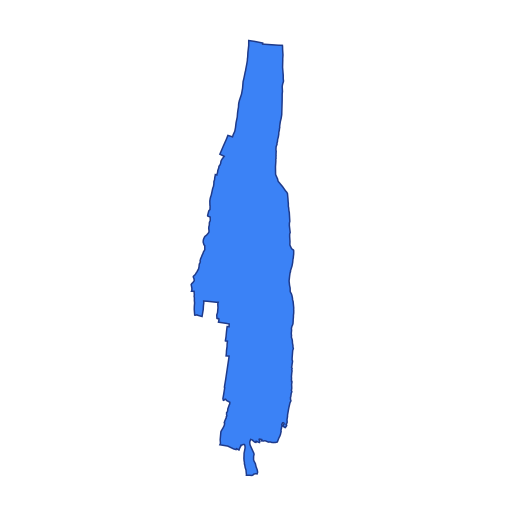 the district of Alexandru Vlahuta, Vaslui, Romania, rotated 207°
{"feature_id": "2599482B68541594325283", "entity_name": "Alexandru Vlahuta", "entity_type": "district", "adm_level": 2, "iso_a3": "ROU", "parent_name": "Romania", "parent_adm1": "Vaslui", "projection": "robinson", "projection_center": [27.622, 46.447], "detail": "fine", "context": "isolated", "style": "filled", "palette": "blue", "viewbox_px": 512, "rotation_deg": 207, "n_neighbors": 0, "source": "geoboundaries", "source_scale": "gbopen_adm2", "svg_char_len": 6032}
<svg xmlns="http://www.w3.org/2000/svg" viewBox="0 0 512 512"><g transform="rotate(207 256 256)"><path d="M360.3,444.7L358.0,440.1L355.7,433.9L353.7,429.4L353.2,427.9L352.4,426.1L351.3,422.6L349.8,417.4L349.4,416.3L349.1,414.7L348.7,413.4L347.2,407.9L346.7,405.6L344.1,399.3L342.4,393.7L341.4,387.1L340.8,384.5L340.3,383.1L339.2,380.7L338.5,378.3L337.3,374.9L335.8,371.3L334.3,365.8L332.5,360.9L331.7,358.1L331.5,357.1L331.4,353.9L331.0,351.5L335.8,350.7L335.4,346.6L335.0,338.9L334.4,330.3L329.6,330.4L330.2,327.1L330.3,325.3L330.0,323.6L329.6,322.8L329.5,322.0L329.4,320.9L329.7,319.5L329.6,318.6L329.2,317.7L328.9,315.0L328.1,312.7L327.9,310.8L327.7,310.4L329.2,310.1L328.8,308.9L328.4,307.3L327.5,305.0L327.4,303.7L327.2,303.0L326.4,301.4L325.5,298.8L325.4,297.5L325.2,296.3L323.5,289.9L323.2,287.7L322.8,286.1L322.1,284.0L320.0,280.1L319.7,279.9L318.2,276.7L318.1,276.4L318.5,275.2L318.5,274.5L317.5,270.1L317.2,269.7L314.5,269.9L312.8,266.7L312.8,264.9L312.1,263.2L311.7,262.6L311.3,260.7L310.7,259.2L309.3,257.1L308.9,256.2L308.8,255.6L308.9,254.7L309.5,252.2L310.4,250.3L310.5,249.5L310.4,249.0L310.5,248.2L310.2,246.3L309.4,244.4L307.6,242.5L306.7,242.0L306.4,242.0L304.5,238.4L304.5,237.4L304.7,236.1L304.4,233.9L304.4,232.1L304.2,230.8L304.1,228.5L303.6,226.2L303.2,226.0L302.9,225.2L302.8,224.5L302.9,223.4L302.7,222.6L301.8,220.3L301.3,218.2L301.2,217.5L301.5,217.1L301.5,216.6L301.3,215.7L301.6,213.8L301.7,211.9L302.5,209.7L302.5,209.0L301.8,208.3L301.0,207.7L299.8,206.0L300.2,203.6L300.7,202.3L300.8,201.1L298.5,198.2L297.6,196.3L297.5,195.3L295.1,196.4L293.6,193.8L293.3,193.5L293.0,192.4L292.8,191.9L292.2,191.2L291.5,190.0L290.7,188.3L289.4,186.3L288.1,183.1L286.8,180.4L283.8,175.5L282.6,176.0L282.3,176.5L281.7,176.8L281.1,176.7L276.6,177.6L278.7,184.3L280.3,187.9L281.2,190.5L282.2,192.1L279.0,193.5L270.3,196.8L268.7,197.6L268.6,196.8L268.1,195.6L266.3,192.5L265.8,191.1L264.6,188.2L264.2,185.6L262.5,182.7L262.0,182.6L261.2,183.2L260.8,183.3L260.6,183.2L260.0,182.2L259.4,180.0L251.8,182.5L249.0,183.3L247.9,180.7L249.7,180.1L249.6,179.7L248.1,175.6L246.0,170.3L244.8,166.5L244.7,166.4L242.8,167.2L241.7,164.3L240.7,162.2L239.3,158.2L238.2,155.8L237.3,153.4L234.5,154.6L227.0,132.3L224.6,124.7L224.1,124.5L224.0,124.2L221.9,117.7L220.8,114.0L220.1,113.1L219.6,112.6L219.2,112.7L218.6,114.3L218.0,114.6L216.7,113.9L212.9,113.8L212.2,112.2L212.3,111.4L211.7,106.9L211.1,105.5L210.8,104.2L211.1,103.1L210.1,101.1L209.5,100.5L209.4,100.2L209.5,99.1L209.0,98.2L209.1,97.0L209.0,96.5L209.0,95.8L208.9,95.1L208.9,94.4L208.5,93.4L208.6,93.0L208.0,92.7L207.4,90.9L207.3,88.6L207.5,84.8L207.5,83.6L207.4,83.2L204.5,76.0L203.0,73.6L202.6,72.9L202.5,71.4L194.9,73.8L187.7,74.0L187.4,74.2L186.8,74.4L185.9,74.4L185.8,75.5L183.1,75.4L183.3,77.1L183.3,79.0L183.2,79.9L183.6,80.4L182.8,81.1L181.9,82.2L180.8,82.8L180.4,82.6L179.5,81.6L178.6,80.1L177.1,74.9L174.9,70.2L173.7,68.2L172.6,66.8L171.9,65.4L171.3,64.9L169.6,62.6L167.7,60.7L167.1,59.7L165.1,56.6L165.0,56.3L162.0,57.8L160.0,58.6L159.1,59.8L158.9,60.7L158.5,61.0L157.3,62.0L156.1,62.3L156.3,63.8L156.8,64.7L157.9,66.1L160.3,68.3L162.3,70.7L164.7,72.4L165.5,73.2L165.8,73.6L167.3,76.7L167.6,78.2L168.3,79.2L175.1,84.6L175.8,85.3L176.7,86.6L177.2,87.6L177.5,90.2L175.4,90.4L175.3,90.2L173.7,89.8L172.2,89.6L171.8,89.7L171.4,89.9L171.8,90.7L171.8,91.0L168.6,91.3L168.2,91.4L168.4,92.1L168.5,92.9L168.8,93.1L169.7,93.5L169.9,93.8L170.0,94.3L169.8,94.5L167.5,95.1L167.2,94.7L167.1,93.8L166.9,93.8L166.3,94.2L165.4,94.5L164.6,95.2L163.7,95.6L160.5,95.8L158.9,96.8L157.4,97.0L155.9,97.6L155.1,98.1L154.1,98.6L153.2,99.4L152.7,99.7L152.6,100.5L153.0,104.1L153.0,106.4L153.3,108.6L153.7,109.8L153.8,110.8L154.5,111.8L155.2,114.0L155.1,114.5L155.5,114.9L155.8,116.7L156.4,117.1L156.6,117.4L156.6,118.6L156.6,119.5L155.9,119.9L155.1,119.7L154.9,119.5L154.7,118.9L154.8,118.5L155.0,118.3L154.6,116.6L154.3,116.5L153.6,116.4L152.8,116.7L152.5,116.3L152.3,116.3L151.9,116.5L151.9,117.5L151.7,118.2L151.8,119.1L152.3,119.5L152.7,119.5L152.8,119.7L152.6,121.2L152.8,122.1L154.1,124.3L155.0,127.2L155.7,128.6L157.8,135.5L159.1,140.7L159.1,142.7L159.4,143.2L160.1,143.8L161.1,145.7L161.2,146.6L162.3,149.7L162.4,151.3L163.6,152.5L163.7,153.3L164.1,154.4L166.1,158.0L166.5,159.4L166.9,160.3L167.3,160.2L167.9,161.5L168.2,161.6L168.9,163.4L169.6,164.4L171.2,168.4L171.7,170.0L172.6,170.9L172.6,171.8L172.9,172.4L173.7,172.8L173.9,173.3L174.0,174.0L174.7,175.9L175.5,178.5L176.0,179.3L176.6,179.7L177.5,181.5L180.4,188.5L180.7,190.5L181.7,191.6L182.5,193.1L183.7,194.6L184.6,196.0L184.8,196.5L185.8,197.9L187.7,199.8L188.1,201.0L189.4,203.0L190.6,206.0L191.6,207.6L192.1,209.7L192.1,210.9L192.3,212.4L193.4,215.0L194.0,216.2L194.9,218.5L195.7,220.1L196.5,222.3L197.8,224.9L198.4,225.8L198.7,226.7L202.2,232.2L203.7,233.8L204.1,234.4L204.2,234.8L206.2,237.3L207.7,238.7L208.5,239.1L209.4,239.9L211.1,243.0L212.8,245.1L215.2,248.8L217.1,253.8L218.0,256.4L218.1,257.7L218.5,258.2L218.6,258.7L219.4,263.5L220.4,266.9L221.6,269.9L221.9,271.2L222.5,272.6L223.3,274.8L224.7,277.6L225.1,278.2L225.5,278.4L226.6,278.4L227.2,278.6L228.2,279.1L230.5,280.9L231.0,281.5L232.3,284.3L234.9,288.7L236.0,290.9L236.2,292.4L240.2,298.4L241.2,300.5L241.6,302.2L243.0,304.6L246.1,309.9L247.3,311.4L248.8,313.8L249.7,314.9L251.2,317.8L251.8,318.6L253.7,321.8L256.3,325.9L257.4,326.7L259.4,327.5L263.7,329.8L270.0,332.5L270.9,333.3L271.6,334.3L275.2,337.2L275.7,337.8L279.2,344.4L281.5,349.8L282.2,350.9L282.5,352.2L283.1,353.1L283.8,354.8L284.1,355.2L285.2,357.6L285.5,358.4L286.4,359.6L287.7,362.5L288.0,365.1L288.5,365.9L288.9,367.9L289.6,369.5L290.2,372.3L291.0,374.8L291.8,376.5L292.3,378.6L292.9,380.1L293.2,381.3L293.9,382.5L295.3,386.7L296.1,390.1L297.2,393.5L303.2,406.2L306.3,412.4L307.1,414.6L309.5,418.7L310.0,420.1L310.4,421.7L310.7,423.6L310.9,424.3L311.3,425.0L312.1,426.1L313.8,429.4L318.0,436.2L321.0,442.5L321.7,443.8L323.2,447.3L326.0,452.0L327.4,454.6L328.1,455.7L331.9,453.9L346.3,447.8L346.7,448.8L354.6,446.6L360.3,444.7Z" fill="#3b82f6" stroke="#1e3a8a" stroke-width="1.5"/></g></svg>